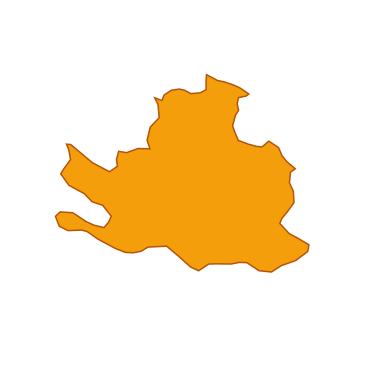 Falköping, Västra Götaland, Sweden (Natural Earth projection), rotated 220°
{"feature_id": "70781695B60471396362754", "entity_name": "Falköping", "entity_type": "district", "adm_level": 2, "iso_a3": "SWE", "parent_name": "Sweden", "parent_adm1": "Västra Götaland", "projection": "natural_earth1", "projection_center": [13.626, 58.177], "detail": "fine", "context": "isolated", "style": "filled", "palette": "amber", "viewbox_px": 384, "rotation_deg": 220, "n_neighbors": 0, "source": "geoboundaries", "source_scale": "gbopen_adm2", "svg_char_len": 1352}
<svg xmlns="http://www.w3.org/2000/svg" viewBox="0 0 384 384"><g transform="rotate(220 192 192)"><path d="M281.1,240.2L274.3,237.2L264.9,227.8L265.7,215.0L259.7,202.8L252.0,198.1L261.4,190.5L267.4,180.1L274.3,176.0L270.8,168.4L265.7,163.8L268.2,154.5L287.1,150.4L315.4,150.4L318.9,148.0L313.6,145.2L305.9,138.8L305.0,126.7L304.2,121.5L290.5,118.0L273.4,121.5L262.2,120.3L251.9,124.4L238.2,121.5L236.5,115.1L236.5,108.2L245.9,103.5L254.5,101.2L269.9,99.5L280.2,92.0L281.0,85.6L271.6,80.4L271.0,80.6L262.2,82.7L251.9,92.0L246.8,94.3L234.0,95.4L214.3,99.5L204.0,103.0L198.0,107.6L192.9,113.9L190.3,121.5L176.6,134.2L162.0,134.2L144.9,133.6L136.8,135.8L136.3,135.9L132.9,147.5L127.7,152.2L115.7,162.0L110.6,168.4L104.6,173.1L90.0,174.8L79.7,181.8L76.3,192.9L68.5,206.2L67.4,210.9L65.1,220.8L68.5,226.7L79.6,224.9L90.8,222.6L104.5,224.3L106.2,229.6L106.2,237.7L107.0,249.4L114.7,257.6L123.3,261.7L129.3,270.5L127.8,276.2L138.7,276.2L146.2,277.6L154.4,281.7L165.9,280.3L167.3,271.5L172.1,268.3L180.2,264.6L189.7,261.3L197.9,265.5L203.4,268.7L208.1,278.9L208.8,284.5L214.2,288.7L217.0,294.3L212.2,300.3L211.5,303.6L221.7,302.6L228.5,300.8L238.1,297.1L244.2,293.8L256.3,291.2L252.4,285.9L247.0,279.4L249.4,273.3L256.0,266.7L263.2,265.1L267.9,262.7L273.3,256.5L275.7,248.4L273.9,242.7L281.1,240.2Z" fill="#f59e0b" stroke="#b45309" stroke-width="1.5"/></g></svg>